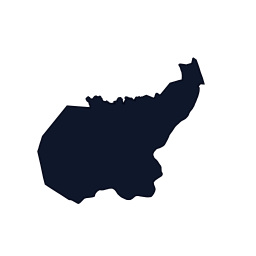 Nebaj, Quiché, Guatemala, rotated 39°
{"feature_id": "79465075B6718623285372", "entity_name": "Nebaj", "entity_type": "district", "adm_level": 2, "iso_a3": "GTM", "parent_name": "Guatemala", "parent_adm1": "Quiché", "projection": "mercator", "projection_center": [-91.192, 15.606], "detail": "fine", "context": "isolated", "style": "filled", "palette": "ink", "viewbox_px": 256, "rotation_deg": 39, "n_neighbors": 0, "source": "geoboundaries", "source_scale": "gbopen_adm2", "svg_char_len": 5720}
<svg xmlns="http://www.w3.org/2000/svg" viewBox="0 0 256 256"><g transform="rotate(39 128 128)"><path d="M127.2,220.5L128.3,219.6L130.1,218.9L131.6,218.7L132.5,218.5L136.2,217.9L136.8,217.6L137.0,217.2L137.4,215.7L137.9,210.2L139.1,208.3L142.1,205.3L143.0,204.3L143.7,203.5L144.3,202.5L144.5,202.1L143.8,200.7L143.7,200.4L143.4,198.9L143.5,196.6L144.1,194.5L144.5,193.8L145.3,193.1L146.3,192.5L147.4,191.5L148.8,189.6L150.2,187.8L151.1,186.5L152.2,185.5L153.1,184.7L154.3,184.1L156.3,183.9L158.3,184.2L161.7,185.3L165.1,185.5L166.7,185.4L168.0,185.1L169.1,184.8L170.7,184.4L172.0,184.0L172.9,183.3L173.9,182.6L174.3,182.2L174.7,181.8L175.4,179.9L176.1,176.3L176.4,175.8L176.8,175.2L177.3,174.6L178.2,173.9L180.8,172.5L182.6,171.4L185.6,169.6L186.2,169.1L186.9,168.6L188.3,167.2L188.6,166.9L188.9,166.4L189.0,165.3L188.9,162.9L188.2,160.2L187.3,158.5L185.5,157.3L183.5,156.2L181.7,154.6L181.5,153.9L181.6,151.2L182.5,148.1L183.8,144.3L183.8,143.2L183.6,142.6L183.3,142.3L182.9,141.9L181.1,141.2L179.0,138.9L178.6,138.3L177.4,137.4L173.8,136.4L172.6,135.9L170.4,135.4L167.3,135.3L164.6,133.9L163.8,133.2L163.1,131.8L162.7,130.2L162.9,126.2L163.6,124.9L164.3,124.0L165.2,122.4L166.2,120.0L166.5,118.7L166.5,117.7L166.2,115.9L165.4,111.8L165.1,110.7L164.8,109.4L164.1,107.5L163.8,101.8L163.4,98.1L163.4,96.3L163.8,93.6L164.0,92.7L164.1,91.4L164.6,88.8L165.1,87.6L165.9,85.8L166.3,84.5L166.5,83.3L166.6,81.6L166.5,80.2L165.9,78.4L165.5,76.5L165.5,72.4L165.1,70.4L165.1,69.7L164.2,67.0L163.8,65.2L163.2,63.3L162.7,61.9L162.2,60.0L161.2,57.6L160.3,55.7L159.7,54.6L158.1,52.4L157.9,52.2L156.1,51.6L156.2,48.7L156.5,47.7L158.6,46.3L159.1,45.9L154.3,42.6L153.0,41.8L148.8,39.3L145.6,37.1L142.3,35.0L141.3,34.4L138.5,32.7L138.2,32.5L137.8,32.5L134.9,32.7L134.8,33.1L135.5,34.4L136.8,37.1L136.9,37.4L136.9,37.8L136.9,38.0L133.8,42.4L131.4,43.8L129.9,44.7L128.6,45.5L128.1,46.0L128.0,46.3L128.0,46.8L130.8,47.9L131.4,48.3L132.9,49.4L133.1,49.5L134.8,50.4L136.3,51.8L137.5,53.0L140.1,56.5L137.5,59.8L136.4,61.5L134.0,64.9L132.7,66.8L132.6,81.5L132.4,81.9L132.1,82.3L131.8,82.6L131.4,82.8L129.3,82.8L129.0,82.9L128.6,83.2L128.4,83.4L128.4,83.7L128.5,84.3L128.6,84.7L129.5,86.8L129.6,87.3L129.6,88.4L129.4,88.6L129.2,88.9L128.8,89.1L124.7,90.3L123.9,90.6L121.9,91.2L121.2,92.4L120.7,93.3L120.5,93.8L120.3,94.0L120.2,94.5L120.1,94.9L119.8,95.0L119.5,95.2L119.3,95.4L119.0,95.7L118.8,96.1L118.4,96.7L118.2,96.9L117.8,96.9L117.6,96.9L117.3,96.8L117.0,96.8L116.9,97.1L116.8,97.5L116.6,98.0L116.2,98.2L115.6,98.6L115.3,98.7L115.1,99.0L115.0,99.5L115.1,99.8L115.3,100.0L115.5,100.5L115.3,100.8L115.2,101.0L115.3,101.2L115.3,101.4L115.7,101.7L115.9,101.8L116.1,101.9L116.2,102.2L116.1,102.5L115.5,102.6L114.9,102.8L114.6,102.9L114.2,103.0L113.9,103.0L113.5,103.1L113.3,103.1L112.9,102.8L112.7,102.7L112.3,102.7L112.0,102.8L111.8,102.9L111.6,103.0L111.8,103.6L111.8,103.8L111.8,104.1L111.6,104.3L111.3,104.3L111.1,104.2L110.6,104.0L110.3,103.9L109.9,104.2L109.9,104.6L109.9,104.9L109.7,105.1L109.4,105.0L109.0,104.5L108.7,104.4L108.2,104.6L107.7,104.9L107.5,105.0L107.1,105.1L106.9,105.3L106.8,105.5L106.8,105.8L106.8,106.2L107.0,106.5L107.6,106.9L107.9,107.0L108.2,107.0L108.5,107.1L108.9,107.5L108.9,107.8L108.8,108.1L108.7,108.3L108.6,108.6L108.8,109.0L108.9,109.5L109.0,110.0L109.0,110.3L109.1,110.6L109.3,110.8L109.5,111.1L109.7,111.4L109.7,111.6L109.5,111.8L109.2,112.1L108.8,112.2L108.5,112.2L108.2,111.9L107.9,111.6L107.5,111.3L107.2,111.1L106.9,110.9L106.6,110.7L106.3,110.6L106.0,110.4L105.9,110.2L105.7,109.8L105.6,109.6L105.3,109.4L104.9,109.5L104.5,109.6L104.2,109.6L104.0,109.4L103.7,109.2L103.4,109.2L103.2,109.2L103.0,109.4L101.9,110.5L101.8,110.8L101.8,111.1L101.9,111.4L101.9,112.5L102.0,112.7L102.1,113.0L102.4,113.3L102.8,114.0L102.4,114.1L102.2,114.3L102.0,114.6L101.8,114.9L101.4,115.5L101.0,115.9L100.9,116.0L100.7,116.3L100.7,116.5L101.0,116.8L101.4,116.9L101.9,117.0L102.2,117.1L102.2,117.4L102.1,117.6L102.0,117.9L101.8,118.1L101.3,118.2L101.0,118.2L100.7,118.5L100.4,118.9L100.3,119.1L100.1,119.3L99.9,119.5L99.5,119.7L99.3,119.9L99.1,120.1L98.7,120.3L98.4,120.2L98.1,120.4L98.0,120.6L97.8,120.9L97.5,121.0L97.3,120.9L97.1,120.6L96.8,120.4L96.5,120.4L96.2,120.5L95.7,120.8L95.3,120.7L95.1,120.6L94.8,120.5L94.5,120.6L94.5,120.9L94.5,121.2L94.4,121.5L94.3,121.8L94.0,121.9L93.7,122.0L93.5,122.3L93.3,122.5L93.0,122.6L92.7,122.6L92.4,122.6L92.1,122.8L91.9,122.9L91.6,123.0L91.3,123.0L91.0,122.9L90.7,122.8L90.4,122.6L90.1,122.4L89.9,122.3L89.5,121.9L89.3,121.8L88.8,121.8L88.5,121.8L88.2,121.7L87.9,121.6L87.6,121.3L87.4,121.2L87.1,121.1L86.7,121.1L86.3,121.1L86.0,121.4L86.0,121.8L86.0,122.0L86.1,122.5L85.8,122.6L85.3,122.6L84.9,122.7L84.7,123.1L84.7,123.5L84.5,124.0L84.3,124.0L84.1,123.9L83.8,123.7L83.6,123.4L83.3,123.3L83.1,123.4L82.9,123.8L82.7,124.0L82.5,124.4L82.4,124.8L82.4,125.1L82.4,125.4L82.4,125.8L82.4,127.7L82.3,128.0L82.2,128.3L82.0,128.5L81.7,128.6L81.4,128.6L81.1,128.8L80.8,129.0L80.6,129.1L80.3,129.2L80.1,129.1L79.7,129.0L79.5,128.9L79.3,128.8L78.9,128.7L78.6,128.9L78.4,129.1L78.1,129.1L77.8,129.0L77.6,128.9L77.4,129.2L77.4,129.6L77.2,130.3L77.2,130.9L77.1,131.3L77.3,131.7L77.7,131.9L78.8,132.4L79.1,132.5L79.4,132.5L79.7,132.5L80.0,132.5L80.6,132.4L80.8,132.3L81.2,132.4L81.6,132.5L81.9,132.9L82.2,133.0L82.4,133.1L82.7,133.2L82.8,133.4L82.9,133.6L83.2,133.8L83.8,134.1L84.5,134.3L84.8,134.4L85.7,136.2L85.7,136.6L85.1,137.0L84.6,137.1L84.2,137.4L83.5,138.0L82.8,138.4L71.1,146.5L67.0,149.3L67.0,156.8L67.0,188.1L67.3,189.0L67.6,189.7L67.9,190.4L68.3,191.3L69.3,194.0L69.5,194.6L71.2,198.7L71.7,199.7L72.8,202.8L78.3,207.1L83.8,211.4L93.6,219.4L99.1,223.5L102.9,223.2L104.6,223.0L105.7,222.9L114.5,221.9L115.7,221.7L127.2,220.5Z" fill="#0f172a" stroke="#020617" stroke-width="1.5"/></g></svg>